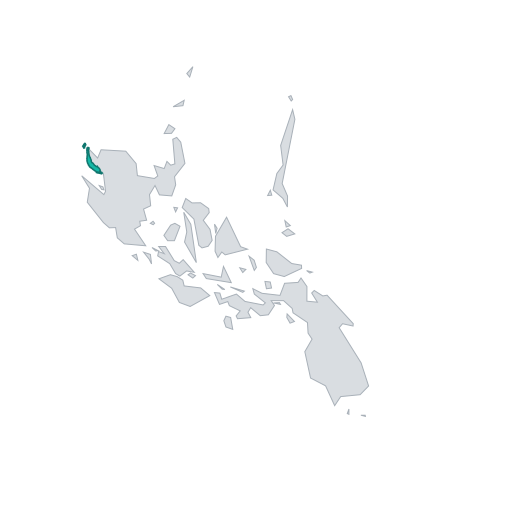 Davao Occidental, Davao del Sur, Philippines shown in context, rotated 148°
{"feature_id": "2640588B86868332888935", "entity_name": "Davao Occidental", "entity_type": "district", "adm_level": 2, "iso_a3": "PHL", "parent_name": "Philippines", "parent_adm1": "Davao del Sur", "projection": "robinson", "projection_center": [125.486, 5.999], "detail": "fine", "context": "in_parent", "style": "filled", "palette": "teal", "viewbox_px": 512, "rotation_deg": 148, "n_neighbors": 0, "source": "geoboundaries", "source_scale": "gbopen_adm2", "svg_char_len": 7758}
<svg xmlns="http://www.w3.org/2000/svg" viewBox="0 0 512 512"><g transform="rotate(148 256 256)"><path d="M241.2,83.2L258.7,91.9L268.6,87.4L265.8,109.0L274.4,123.6L265.3,149.0L252.5,155.8L252.7,163.0L247.6,172.3L254.7,188.2L253.1,192.4L256.3,203.6L266.8,210.1L266.6,204.2L276.7,199.6L284.0,203.1L287.9,215.0L292.6,212.6L293.1,206.5L304.9,212.6L304.6,215.7L298.5,217.8L304.9,228.0L304.1,232.3L312.6,234.3L310.6,247.0L306.3,243.7L308.0,237.5L292.8,234.1L289.4,223.3L275.9,210.7L272.9,211.3L277.6,224.6L276.0,230.0L270.7,221.2L256.5,209.9L246.2,217.7L234.3,211.3L229.5,213.5L229.0,203.1L236.8,190.7L228.4,184.3L228.4,195.1L224.9,195.9L220.5,186.7L216.5,185.1L209.4,147.1L210.8,145.2L218.5,152.7L223.5,151.1L223.5,109.7L229.4,86.1L241.2,83.2ZM344.1,323.1L361.3,336.1L364.0,344.9L360.0,354.5L365.4,357.6L367.7,365.2L370.6,391.0L361.3,401.7L361.3,416.4L352.5,388.7L349.3,390.6L342.0,406.2L346.9,412.2L348.8,425.4L341.1,435.7L338.4,423.0L331.1,428.2L310.9,413.9L308.7,397.9L314.0,387.0L301.1,375.6L296.9,375.9L294.5,386.7L287.5,378.8L281.4,383.4L280.2,378.2L276.0,377.1L264.7,399.1L260.4,398.6L259.5,392.4L267.2,372.2L283.1,366.4L286.4,358.9L295.6,351.6L305.5,359.0L304.3,369.3L313.8,364.5L318.7,354.4L326.5,355.4L329.8,344.3L336.2,347.1L337.9,342.9L344.8,343.2L344.1,323.1ZM292.9,336.2L285.1,342.0L282.1,334.9L274.8,330.5L271.0,321.3L272.7,317.6L281.8,314.2L280.9,302.9L284.9,292.5L291.4,289.6L297.5,291.5L298.8,295.4L289.1,320.2L292.9,336.2ZM338.6,248.1L345.6,257.2L344.6,273.3L350.4,288.1L338.5,285.5L333.7,280.2L330.9,274.3L332.8,268.7L319.8,258.2L316.2,246.9L338.6,248.1ZM259.6,266.3L281.5,273.3L282.9,277.5L289.1,274.9L288.2,281.7L279.9,294.2L260.4,304.5L264.1,272.0L259.6,266.3ZM176.5,336.7L147.4,360.7L150.6,351.3L195.4,303.6L197.5,290.1L203.4,280.9L202.7,290.7L206.5,303.0L194.6,314.9L184.8,318.8L176.5,336.7ZM223.9,221.3L242.9,223.6L250.4,231.7L250.8,245.1L243.5,256.4L236.1,248.5L229.7,230.7L222.3,224.1L223.9,221.3ZM322.8,280.1L331.2,279.3L333.5,283.7L333.2,295.2L339.3,308.2L336.3,311.4L332.6,306.6L333.5,315.6L327.7,312.0L327.8,295.4L324.9,290.5L319.7,291.5L317.0,274.9L322.8,280.1ZM294.1,331.4L294.5,317.4L310.1,282.0L309.2,305.7L302.0,313.0L294.1,331.4ZM323.2,322.3L312.0,327.4L307.5,326.7L304.7,321.5L317.1,312.2L322.8,315.8L323.2,322.3ZM291.1,246.5L310.1,263.2L310.2,269.1L296.7,256.5L289.1,264.4L291.1,246.5ZM317.6,218.1L313.4,220.9L310.1,217.3L314.6,206.1L319.1,211.7L317.6,218.1ZM269.0,408.5L260.3,413.6L257.3,406.9L262.7,404.8L269.0,408.5ZM211.4,254.2L219.6,256.4L221.6,262.0L214.4,262.1L211.4,254.2ZM259.8,220.6L264.5,222.7L261.9,229.7L257.7,226.4L259.8,220.6ZM238.3,422.2L247.2,426.5L234.4,426.1L238.3,422.2ZM349.3,318.8L344.7,313.3L348.8,304.6L348.3,309.9L349.3,318.8ZM265.1,244.7L262.0,259.5L259.8,253.4L261.7,246.1L265.1,244.7ZM217.4,442.9L218.0,447.4L209.2,450.0L217.4,442.9ZM262.7,181.0L262.4,187.6L260.3,190.4L258.1,180.1L262.7,181.0ZM278.2,296.5L274.3,305.0L274.3,300.1L278.2,296.5ZM215.0,264.6L212.8,270.7L210.8,263.6L215.0,264.6ZM323.6,276.1L320.6,276.3L317.7,271.4L321.3,270.8L323.6,276.1ZM276.0,249.0L276.0,254.6L271.7,250.0L276.0,249.0ZM360.8,321.9L356.5,320.9L358.5,314.9L360.8,321.9ZM286.5,232.2L294.2,243.4L284.5,232.4L286.5,232.2ZM214.1,301.1L209.0,304.2L210.4,299.2L214.1,301.1ZM300.8,336.0L299.9,340.8L297.0,338.4L300.8,336.0ZM302.3,245.8L303.9,252.4L300.2,244.1L302.3,245.8ZM144.0,373.8L141.4,373.5L142.0,369.3L144.0,368.8L144.0,373.8ZM328.3,339.7L324.9,340.0L324.6,337.5L326.6,337.0L328.3,339.7ZM351.6,398.8L349.2,395.8L349.9,392.7L351.6,394.2L351.6,398.8ZM219.4,213.0L220.8,216.8L216.8,212.5L219.4,213.0ZM338.4,313.4L339.7,318.3L336.1,312.3L338.4,313.4ZM262.1,74.0L258.3,77.0L261.1,72.5L262.1,74.0ZM266.0,206.9L260.8,204.0L260.9,202.0L266.0,206.9ZM248.2,62.0L251.4,65.4L247.8,63.1L248.2,62.0Z" fill="#d9dde1" stroke="#a8b0b8" stroke-width="1"/><path d="M343.2,411.0L342.5,411.9L342.5,413.5L342.9,414.6L343.0,414.8L343.0,415.7L343.0,416.2L343.6,416.1L343.7,416.4L344.2,416.8L344.3,417.4L344.5,417.9L344.7,418.2L344.9,418.6L344.9,419.2L345.0,420.5L345.0,420.8L345.3,421.7L345.6,421.9L345.7,422.3L345.6,422.6L345.7,422.9L345.6,423.5L345.2,424.1L345.1,424.5L344.9,424.9L344.7,426.5L344.4,427.3L344.4,427.8L344.5,428.1L344.5,428.6L344.3,429.0L344.2,429.7L344.0,429.8L343.8,430.7L343.5,431.2L343.1,432.2L342.3,433.5L342.2,434.0L342.3,434.3L341.7,434.8L341.4,435.2L341.2,435.4L340.8,435.5L340.7,435.7L340.7,435.8L340.6,436.0L340.6,436.3L340.4,436.5L340.5,436.6L340.8,436.7L340.7,436.8L340.8,436.9L340.9,436.7L341.0,436.7L341.3,436.5L341.5,436.6L341.8,436.8L341.8,436.7L341.8,436.8L342.0,436.7L342.1,436.8L342.2,436.7L342.4,436.6L342.5,436.5L342.8,436.4L342.8,436.1L343.1,435.7L343.2,435.4L343.3,435.4L343.5,435.2L343.4,435.0L343.4,434.9L343.6,434.8L343.7,434.6L343.9,434.4L344.0,434.0L344.2,433.8L344.4,433.4L344.4,433.2L344.6,432.9L344.8,432.9L344.8,432.4L344.9,432.1L345.1,431.6L345.3,431.5L345.4,431.2L345.6,431.1L345.6,430.9L345.9,430.6L346.2,430.4L346.3,430.2L346.4,429.9L346.5,429.8L346.7,429.7L346.8,429.3L347.2,429.0L347.2,428.8L347.3,428.6L347.5,428.4L347.8,428.3L347.8,428.1L347.9,427.7L348.0,427.6L348.3,427.2L348.6,427.0L348.7,426.3L348.8,426.2L349.0,425.9L349.2,425.6L349.3,425.2L349.3,424.9L349.4,424.4L349.5,424.3L349.6,424.2L349.6,423.9L349.6,423.6L349.6,423.4L349.6,422.8L349.7,422.3L349.9,422.2L349.9,421.9L349.7,421.7L349.6,421.4L349.7,421.1L349.8,420.7L349.9,420.2L349.7,419.8L349.7,419.6L349.6,419.3L349.7,419.1L349.5,418.9L349.5,418.7L349.2,418.0L349.1,417.9L348.9,417.9L348.9,417.6L348.9,417.4L348.7,417.0L348.6,416.9L348.6,416.6L348.5,416.3L348.4,416.2L348.5,416.1L348.3,415.6L348.1,415.3L348.1,415.1L347.7,414.3L347.7,414.0L347.6,413.7L347.4,413.5L347.2,413.2L346.9,413.0L346.8,412.9L346.8,413.0L346.8,412.3L346.9,412.0L346.9,411.8L346.9,411.6L347.1,411.4L346.9,411.2L346.9,411.4L346.9,411.5L346.7,411.5L346.7,411.4L346.3,411.1L346.5,410.9L346.6,411.0L346.6,410.9L346.8,410.9L346.6,410.8L346.4,410.8L346.4,410.7L346.5,410.6L346.4,410.5L346.0,410.3L346.1,410.5L345.7,410.5L345.5,410.9L345.4,410.8L345.3,410.7L345.2,410.5L345.3,410.3L345.2,410.3L345.3,410.3L345.1,410.1L345.1,409.9L345.3,409.8L345.1,409.7L345.0,409.8L344.9,409.8L344.8,409.7L344.6,409.5L344.4,409.4L344.3,409.1L344.4,408.7L344.5,408.7L344.4,408.6L344.3,408.8L344.1,408.8L343.9,408.7L343.8,408.3L343.6,408.4L343.3,408.1L343.1,407.8L343.1,407.7L343.1,407.8L342.9,407.8L343.0,407.9L342.9,408.0L343.0,408.0L343.0,408.3L343.1,408.2L343.1,408.3L343.5,408.6L343.6,408.8L343.4,408.9L343.5,408.9L343.5,409.1L343.4,409.2L343.4,409.3L343.5,409.3L343.6,409.7L343.7,409.8L343.7,410.0L343.4,410.0L343.2,410.1L343.1,410.3L342.9,410.3L342.9,410.5L342.9,410.8L343.0,410.8L343.2,411.0ZM342.3,440.1L342.2,440.1L341.9,440.3L341.9,440.2L341.7,440.3L341.3,440.8L341.2,440.9L341.2,441.0L341.1,441.3L340.9,441.4L340.7,441.3L341.0,441.5L341.1,441.4L341.3,441.6L341.2,441.8L341.3,441.9L341.5,441.9L341.5,442.0L341.7,441.9L341.8,442.0L341.9,441.9L342.0,441.9L342.5,441.8L342.6,441.7L342.7,441.9L342.7,442.0L342.9,442.0L343.0,441.9L343.1,441.7L343.1,441.4L343.0,441.2L342.9,441.0L343.0,440.9L343.0,440.6L343.0,440.4L342.9,440.4L342.7,440.4L342.7,440.2L342.4,440.2L342.3,440.1ZM344.3,438.5L344.2,438.5L344.1,438.9L344.1,439.0L344.3,438.9L344.2,439.0L344.3,439.0L344.2,439.1L344.4,439.3L344.2,439.4L344.2,439.2L343.8,439.3L343.7,439.3L343.8,439.6L344.0,439.5L344.1,439.4L344.2,439.6L343.9,439.7L343.7,439.7L343.7,439.8L343.8,439.8L343.7,439.8L343.9,440.0L343.6,440.1L343.7,440.3L344.0,440.3L343.9,440.3L343.7,440.3L343.8,440.4L343.7,440.5L343.8,440.4L343.8,440.5L344.0,440.5L343.9,440.6L344.0,440.7L343.9,440.7L344.1,440.8L343.9,440.9L343.9,441.2L344.0,441.3L344.3,441.2L344.4,440.8L344.5,440.8L344.6,440.5L344.6,440.3L344.6,440.2L344.7,439.9L344.8,439.3L344.8,439.2L344.7,439.0L344.7,438.9L344.3,438.5Z" fill="#14b8a6" stroke="#0f766e" stroke-width="1.5"/></g></svg>